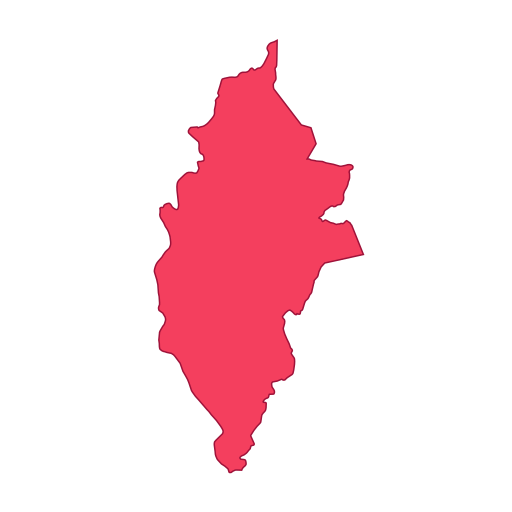 San Antonio, Intibucá, Honduras, rotated 349°
{"feature_id": "27666195B78525968217176", "entity_name": "San Antonio", "entity_type": "district", "adm_level": 2, "iso_a3": "HND", "parent_name": "Honduras", "parent_adm1": "Intibucá", "projection": "robinson", "projection_center": [-88.465, 13.939], "detail": "fine", "context": "isolated", "style": "filled", "palette": "rose", "viewbox_px": 512, "rotation_deg": 349, "n_neighbors": 0, "source": "geoboundaries", "source_scale": "gbopen_adm2", "svg_char_len": 6099}
<svg xmlns="http://www.w3.org/2000/svg" viewBox="0 0 512 512"><g transform="rotate(349 256 256)"><path d="M317.9,48.3L314.8,49.2L311.7,49.6L310.8,49.8L309.3,50.6L307.7,52.1L306.9,53.2L306.5,54.4L306.6,55.7L307.1,57.3L307.3,58.3L307.1,59.5L306.7,60.5L303.9,64.3L300.4,68.8L298.2,70.9L296.4,72.0L295.6,72.2L294.3,72.0L293.3,72.1L292.5,72.4L291.1,73.1L290.3,73.2L289.7,73.1L289.3,72.7L288.7,71.6L288.3,71.1L287.8,70.8L287.2,70.8L286.1,71.3L284.5,72.8L283.0,73.5L281.2,73.7L277.7,73.1L276.8,73.2L275.6,73.5L274.1,74.4L272.4,76.1L271.3,76.6L269.5,76.6L266.4,75.8L264.1,75.5L258.9,75.6L257.0,75.8L256.4,76.1L255.4,77.7L253.3,81.9L249.8,88.4L249.6,88.9L249.7,89.5L250.2,91.0L250.1,91.8L249.5,92.5L247.6,93.8L245.9,95.6L245.8,97.7L244.9,100.5L243.2,104.5L242.5,108.1L241.9,109.5L241.0,110.7L238.7,112.8L234.8,115.9L232.9,117.1L230.7,118.1L228.9,118.6L225.8,118.7L223.7,119.1L223.3,118.9L223.1,118.3L222.8,118.1L216.6,117.4L215.8,117.8L214.7,118.7L213.5,120.3L213.3,121.6L213.6,122.7L216.4,126.6L221.1,132.6L221.5,133.3L221.4,136.0L220.5,139.9L220.4,142.1L220.6,143.3L221.1,144.5L221.6,145.2L222.9,146.0L223.5,147.2L223.7,148.4L223.7,149.6L223.5,151.1L223.1,152.1L222.6,152.5L221.4,152.6L220.0,152.7L218.0,152.3L217.3,152.4L216.6,152.7L216.4,153.2L216.5,154.3L216.5,156.5L216.8,158.6L216.7,159.2L215.2,161.5L213.7,163.1L212.8,163.2L211.7,163.0L210.8,162.7L209.2,161.8L208.0,161.5L205.8,161.1L204.2,161.2L201.8,162.3L197.2,165.2L194.7,166.9L193.5,168.2L192.7,169.4L192.1,171.1L191.6,172.9L191.0,176.7L189.8,191.2L188.9,193.8L188.0,195.1L187.3,195.3L186.6,195.2L185.7,194.7L184.7,193.8L183.8,192.8L183.0,191.7L182.3,189.5L181.9,188.8L181.2,187.9L180.5,187.6L178.6,187.6L176.7,188.0L175.4,188.7L174.6,190.0L174.0,190.5L173.4,190.6L172.6,190.3L172.1,190.2L171.5,190.4L170.8,190.8L170.6,193.0L170.2,194.9L169.4,197.2L169.4,198.9L169.8,200.8L171.7,205.5L172.7,209.8L174.1,213.2L174.8,215.9L175.1,218.3L175.3,220.7L174.9,225.9L174.6,227.6L174.3,228.6L173.7,229.8L172.4,231.7L171.5,232.4L169.6,233.5L167.8,234.7L165.1,237.3L163.5,239.1L158.7,242.8L157.5,243.9L156.4,245.2L155.3,246.9L154.2,249.0L153.6,250.5L153.3,251.7L153.3,252.8L154.1,260.3L154.2,265.5L153.2,273.6L153.2,277.3L152.4,283.5L152.0,285.4L151.0,287.0L150.5,288.0L150.3,289.0L150.3,290.1L150.4,290.7L150.6,291.1L153.6,294.2L155.1,298.4L155.2,299.5L155.2,300.7L155.0,301.6L154.5,302.8L153.0,305.5L152.3,306.2L151.1,307.2L147.7,311.1L146.8,312.4L144.6,319.9L144.4,323.3L143.9,326.4L143.8,328.0L143.9,328.9L144.2,329.5L145.5,331.0L146.9,332.0L148.5,332.7L150.0,333.6L154.3,335.4L156.2,337.2L157.3,339.0L161.1,346.9L162.3,355.2L164.2,360.7L165.3,364.2L166.0,367.9L167.0,375.7L167.7,377.6L169.8,382.2L172.4,386.5L178.5,397.2L180.1,399.7L181.8,403.2L185.8,409.9L188.9,416.5L189.9,419.2L190.3,421.0L190.3,421.8L190.0,422.8L189.3,424.0L188.8,424.4L181.7,429.1L180.3,430.2L179.8,430.7L179.3,432.0L179.0,433.4L178.6,439.9L178.3,442.8L178.4,444.6L178.8,446.5L179.1,447.9L179.7,449.1L182.4,453.5L185.3,456.3L187.6,459.2L188.0,460.0L188.3,463.0L189.0,463.6L190.3,463.7L192.6,462.7L194.8,462.2L196.3,462.4L201.1,463.5L201.8,462.4L202.8,461.4L204.0,460.6L205.4,459.8L206.3,458.9L206.6,458.2L206.8,456.7L206.8,455.3L206.6,454.4L206.1,453.9L205.3,453.5L202.2,452.5L201.7,451.5L201.6,451.2L201.7,450.8L202.4,450.2L203.6,449.5L206.4,448.9L208.9,447.7L210.0,446.9L211.7,445.4L213.5,444.1L214.5,442.0L214.9,441.5L215.5,441.3L217.6,441.2L218.1,440.8L218.4,440.2L218.3,439.5L216.9,433.4L216.5,431.7L216.6,431.1L220.6,426.8L224.5,423.4L227.9,421.0L228.8,420.2L229.2,419.3L230.9,414.4L231.5,413.0L233.0,411.6L235.1,410.1L236.1,408.9L236.9,406.9L237.9,402.6L237.8,402.0L237.5,401.7L235.3,400.9L235.2,400.4L235.6,399.8L236.5,398.9L237.6,398.2L238.6,397.8L240.1,397.6L241.0,397.2L241.5,396.6L242.2,395.0L242.7,394.3L246.7,394.9L247.2,394.8L247.5,394.5L248.1,393.4L248.3,392.1L248.0,390.7L247.0,388.3L246.7,387.2L246.9,384.4L247.6,383.2L248.2,382.8L253.0,382.8L257.4,381.9L257.9,382.0L259.0,383.0L260.6,383.2L263.4,381.4L268.8,379.2L269.5,378.6L270.0,378.0L271.3,375.0L273.1,369.7L273.8,366.9L274.1,364.7L274.1,363.8L273.8,362.9L272.3,359.5L272.0,358.5L272.3,357.6L273.6,356.0L273.6,355.0L273.3,354.1L272.6,353.3L272.3,352.2L271.8,348.5L270.4,343.2L269.3,338.1L268.9,334.1L268.9,332.9L269.0,332.0L271.2,327.6L271.8,325.5L271.7,323.9L270.8,322.5L270.5,321.5L270.4,320.7L270.7,320.3L273.8,317.6L274.9,316.9L276.9,315.8L278.7,315.5L279.2,315.7L280.5,317.0L281.5,318.3L282.6,320.1L283.5,321.0L284.1,321.2L284.6,321.2L285.0,320.9L285.1,320.5L285.2,320.4L286.2,321.0L287.3,321.4L287.8,321.4L288.2,321.2L288.6,320.6L289.3,318.5L290.9,318.0L291.7,317.1L294.6,311.6L295.7,309.9L296.5,309.2L298.4,308.1L299.0,307.6L299.7,306.8L301.6,304.1L302.7,303.4L303.7,302.2L307.0,294.7L308.0,292.8L308.2,291.8L308.5,291.1L312.5,288.0L313.2,286.9L314.8,283.4L317.8,279.2L322.1,276.0L361.7,275.0L355.8,244.1L355.4,243.5L354.7,241.7L354.4,241.1L353.5,240.5L352.2,239.0L351.6,238.6L350.5,239.1L348.7,240.4L347.8,240.8L347.3,240.8L346.5,240.4L345.5,240.2L344.3,240.5L342.8,240.3L340.7,240.3L338.2,238.6L335.4,237.4L332.2,234.7L331.2,234.0L330.8,233.9L330.1,234.1L328.6,234.8L327.9,234.8L327.5,234.2L327.3,233.0L326.9,232.2L325.0,230.7L325.2,230.4L325.9,229.9L328.0,229.2L330.0,228.0L330.7,227.2L331.1,226.0L331.6,225.3L332.4,224.4L335.2,223.2L337.8,221.9L339.2,221.4L340.3,221.4L340.9,221.6L341.7,222.4L343.0,222.5L343.6,222.4L345.7,221.4L349.0,221.5L349.9,220.8L352.6,217.7L353.3,215.1L353.5,212.7L353.9,211.6L355.3,209.2L357.6,206.6L358.9,204.8L360.0,202.8L360.7,200.9L361.7,199.4L362.5,197.9L362.8,197.1L363.3,194.5L363.5,192.9L363.4,191.7L363.7,190.7L364.2,190.0L364.9,189.5L366.8,189.1L367.4,188.7L368.0,187.8L368.2,186.6L367.9,185.9L367.1,185.0L366.2,184.5L365.0,184.1L363.4,183.9L361.3,184.1L357.4,184.2L356.4,184.1L355.5,183.9L349.5,180.8L342.6,178.0L339.2,175.9L333.4,174.3L332.0,173.6L328.6,172.4L326.5,170.9L324.7,170.5L336.4,157.3L334.4,140.6L325.5,136.0L305.4,95.5L305.3,93.6L305.7,90.9L306.2,89.9L308.9,86.9L309.3,86.1L309.6,84.9L309.8,83.3L309.9,81.7L310.2,80.0L310.3,76.4L310.8,75.0L312.0,74.1L312.6,72.8L313.8,67.8L317.9,48.3Z" fill="#f43f5e" stroke="#9f1239" stroke-width="1.5"/></g></svg>